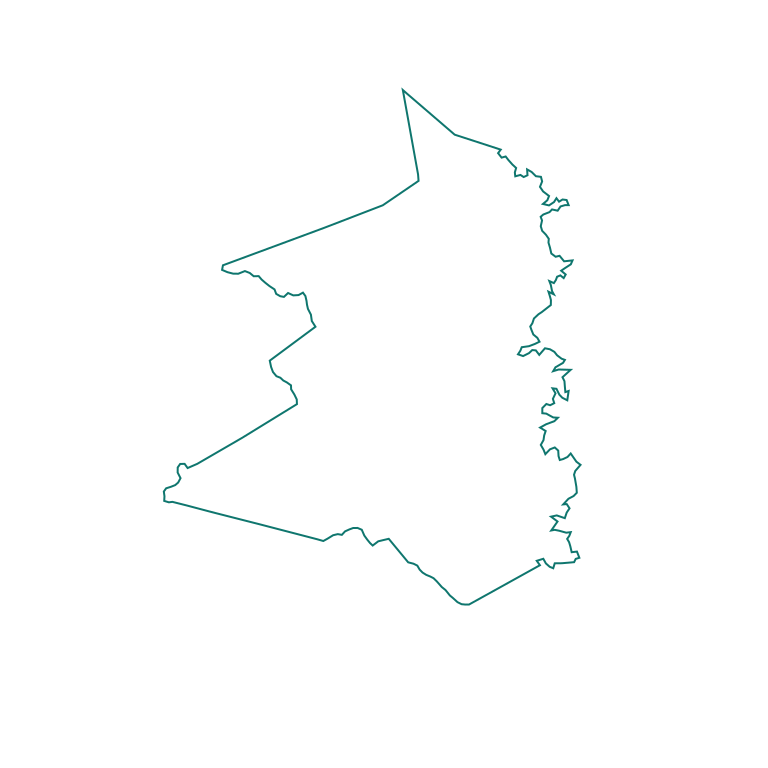 Caridade, Ceará, Brazil, rotated 331°
{"feature_id": "56859067B82904278337495", "entity_name": "Caridade", "entity_type": "district", "adm_level": 2, "iso_a3": "BRA", "parent_name": "Brazil", "parent_adm1": "Ceará", "projection": "orthographic", "projection_center": [-39.078, -4.195], "detail": "fine", "context": "isolated", "style": "outline", "palette": "teal", "viewbox_px": 768, "rotation_deg": 331, "n_neighbors": 0, "source": "geoboundaries", "source_scale": "gbopen_adm2", "svg_char_len": 3526}
<svg xmlns="http://www.w3.org/2000/svg" viewBox="0 0 768 768"><g transform="rotate(331 384 384)"><path d="M297.7,205.7L301.3,210.3L305.5,214.3L310.0,216.9L317.1,217.8L320.4,221.8L322.3,226.6L326.7,228.9L327.6,233.3L329.3,238.0L331.3,242.8L334.1,248.2L333.4,252.9L335.8,256.9L338.7,259.3L344.2,257.9L347.6,262.5L352.4,264.8L357.4,264.8L357.9,269.0L356.5,273.8L355.1,277.3L353.9,281.4L353.7,287.9L351.4,293.9L351.8,300.7L295.4,308.2L293.5,314.4L292.7,319.7L293.7,325.0L296.4,328.3L297.6,332.1L299.8,335.5L302.0,340.1L300.2,343.6L300.5,349.7L300.2,355.2L298.1,359.4L233.8,362.3L182.0,363.3L171.5,362.3L170.9,357.2L167.0,355.1L163.1,357.0L160.6,361.4L160.4,367.7L156.2,370.4L152.4,371.2L147.8,370.6L142.9,369.6L139.3,371.3L137.6,375.7L135.1,379.7L138.5,383.2L141.8,384.5L152.8,394.8L170.9,412.2L189.9,430.1L207.0,446.2L250.4,487.5L254.8,491.9L259.6,491.9L266.2,491.6L270.8,492.9L274.0,495.5L278.5,494.0L283.3,494.4L287.2,495.0L291.1,497.1L293.9,500.7L293.3,507.0L293.9,512.0L294.7,516.4L295.8,519.8L302.7,518.8L307.8,520.2L313.1,521.7L318.7,551.7L322.7,555.5L325.1,559.0L325.2,563.6L326.3,567.6L328.4,571.4L331.2,574.9L333.2,577.9L334.5,582.3L336.1,589.6L337.9,594.0L339.1,600.9L340.5,604.5L342.5,610.4L345.1,614.2L348.3,616.4L351.5,618.1L410.7,618.1L432.5,618.1L431.9,612.7L438.6,614.1L438.6,619.4L440.3,624.2L442.7,627.2L446.4,623.6L452.7,627.0L459.6,630.1L463.9,632.0L466.9,629.9L470.6,630.7L471.5,624.1L466.6,622.1L468.3,616.2L469.2,612.1L469.1,608.3L472.5,606.6L475.5,604.1L471.3,602.4L466.0,597.2L462.6,594.3L459.3,593.2L469.1,588.4L465.8,581.0L471.4,582.7L477.1,589.0L481.5,585.0L486.0,582.7L485.6,577.6L482.4,576.2L489.7,573.8L495.5,573.9L499.9,572.6L502.4,567.2L505.2,559.2L506.2,555.5L509.1,552.8L516.7,550.0L514.6,545.2L513.6,535.3L509.1,536.8L504.3,536.5L500.9,535.7L501.7,531.7L504.1,526.7L502.6,522.3L497.5,521.6L491.1,523.6L491.7,518.8L491.6,513.3L496.3,510.4L499.2,506.6L502.6,503.5L499.4,497.8L506.2,497.8L515.0,499.1L519.7,497.8L515.8,495.3L513.5,491.7L511.6,488.6L508.3,486.3L510.8,481.8L516.3,480.2L519.0,483.1L523.6,483.3L524.5,478.9L529.5,475.3L529.3,469.5L532.5,471.8L532.2,478.4L533.3,482.5L536.4,487.1L539.6,482.9L542.1,479.6L538.7,479.0L541.0,473.8L543.2,469.0L543.4,464.6L554.1,462.1L543.8,456.0L538.2,454.8L542.1,452.5L550.9,452.3L553.9,450.6L551.6,448.0L549.3,442.8L548.6,438.5L546.0,434.1L542.1,430.8L533.9,433.8L533.1,428.2L530.1,426.2L525.8,427.3L519.2,427.0L515.6,423.0L519.4,421.0L522.3,418.6L529.1,421.2L535.3,422.1L540.5,422.4L540.5,418.0L538.6,413.1L539.2,408.1L539.8,404.6L543.2,402.8L546.9,399.4L552.9,397.9L556.8,397.6L568.2,395.8L570.7,391.5L571.8,387.0L572.6,383.0L576.0,387.9L576.0,384.3L577.9,378.3L578.5,374.1L581.5,378.1L584.7,376.4L587.4,374.1L590.9,374.5L592.5,378.5L596.0,376.3L593.9,370.8L598.2,370.4L605.4,369.9L608.8,367.3L601.0,364.0L599.7,357.0L595.8,355.9L593.6,351.0L595.3,345.1L596.4,340.1L598.5,336.9L598.0,331.9L596.6,326.7L597.6,322.0L601.5,317.6L602.1,313.7L605.5,313.0L612.1,313.9L615.6,312.8L619.9,316.6L624.5,314.3L629.0,315.3L632.2,317.1L632.9,311.6L629.6,309.2L625.5,309.4L624.9,305.1L620.9,307.3L614.9,307.8L610.3,303.6L615.9,302.5L619.5,299.6L616.5,292.7L616.0,287.2L620.5,283.5L621.7,278.9L617.6,275.9L615.9,270.1L613.2,265.7L610.7,271.0L606.5,270.7L604.7,267.3L599.5,266.0L601.0,262.4L604.3,259.1L602.7,254.3L601.4,248.5L600.7,244.0L596.6,243.0L595.7,237.4L599.7,235.6L569.6,203.3L566.7,200.2L544.9,141.3L543.0,136.0L541.2,141.3L515.4,217.2L512.7,223.1L469.6,227.1L407.3,218.4L300.7,202.1L297.7,205.7Z" fill="none" stroke="#0f766e" stroke-width="2"/></g></svg>